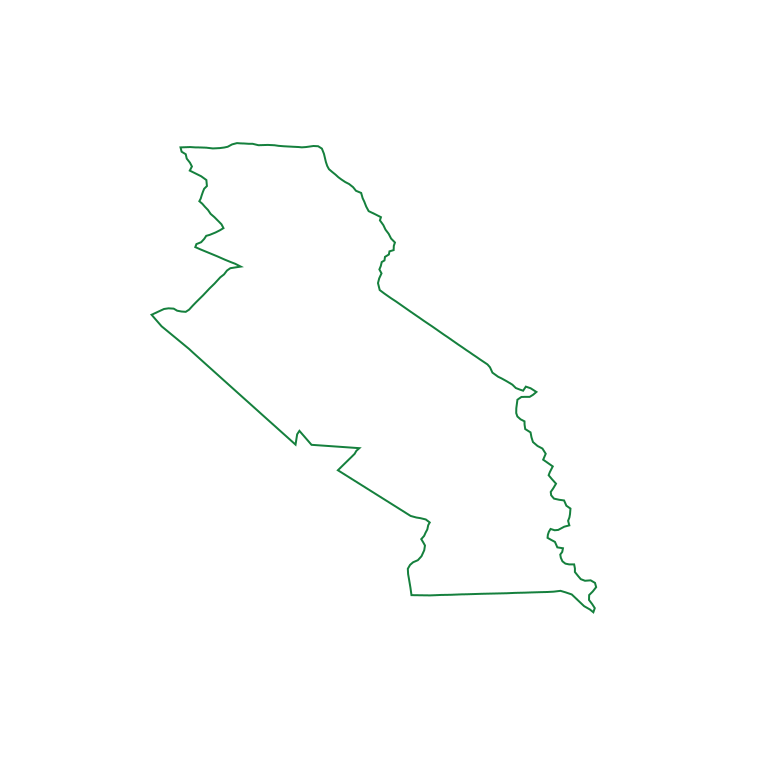 Cascavel, Ceará, Brazil, rotated 305°
{"feature_id": "56859067B6895009837112", "entity_name": "Cascavel", "entity_type": "district", "adm_level": 2, "iso_a3": "BRA", "parent_name": "Brazil", "parent_adm1": "Ceará", "projection": "natural_earth1", "projection_center": [-38.279, -4.254], "detail": "fine", "context": "isolated", "style": "outline", "palette": "green", "viewbox_px": 768, "rotation_deg": 305, "n_neighbors": 0, "source": "geoboundaries", "source_scale": "gbopen_adm2", "svg_char_len": 3614}
<svg xmlns="http://www.w3.org/2000/svg" viewBox="0 0 768 768"><g transform="rotate(305 384 384)"><path d="M447.4,102.5L449.3,115.1L449.2,121.5L444.6,125.4L440.8,124.7L437.7,125.4L433.8,126.5L430.8,127.5L427.8,127.9L427.4,131.9L426.4,135.9L425.6,140.0L423.9,144.4L423.4,149.4L421.6,159.3L419.6,163.1L415.8,161.4L411.5,159.1L406.2,155.7L403.4,153.4L399.8,153.5L395.3,152.9L391.0,150.1L387.9,150.9L389.0,156.5L391.4,167.2L393.0,174.4L394.6,182.5L396.1,189.1L397.1,193.0L398.0,199.3L394.1,195.2L390.7,191.7L386.9,190.3L382.0,190.1L377.5,188.7L373.0,188.1L369.1,187.6L362.3,186.3L352.7,184.9L347.9,184.0L342.9,183.1L338.5,182.4L333.1,181.7L329.4,180.2L327.2,176.5L325.4,172.5L325.1,168.5L322.4,164.1L319.3,160.8L315.7,158.7L307.4,153.9L303.7,168.7L300.9,204.3L300.2,209.3L295.1,251.0L289.2,299.8L283.6,346.3L293.0,341.7L297.1,341.6L292.6,359.5L317.3,400.6L313.4,399.7L309.9,400.0L286.9,395.7L290.1,459.2L291.2,481.5L293.2,487.1L295.0,490.8L297.0,495.9L296.8,500.9L293.7,501.2L289.7,502.9L286.2,503.3L282.6,504.0L278.3,503.5L276.8,506.9L275.2,510.2L270.9,512.3L264.4,513.5L259.1,512.8L254.7,510.1L250.8,509.1L246.3,509.5L242.1,512.8L238.3,516.6L232.2,522.6L226.8,527.6L237.2,542.9L240.3,547.0L243.9,551.7L249.7,559.7L256.1,568.1L259.3,572.5L268.2,584.4L276.2,595.3L283.1,604.7L288.1,611.2L293.9,619.1L297.3,623.6L303.4,631.8L307.3,637.1L311.3,642.2L315.8,647.2L317.5,652.3L319.3,658.5L317.8,668.6L316.8,675.3L317.4,682.0L317.1,686.4L321.3,685.2L323.1,680.8L324.7,675.8L328.8,673.1L333.8,674.0L339.3,674.3L342.1,670.9L341.7,665.9L338.1,661.5L337.0,657.1L338.0,653.3L339.5,648.2L342.4,646.2L345.3,643.2L342.4,639.1L340.9,635.6L341.1,631.9L343.1,628.5L345.4,626.2L348.7,626.3L352.1,624.8L349.6,619.7L352.7,614.6L352.2,610.4L351.8,606.2L354.5,604.7L357.5,603.8L360.8,603.6L362.1,607.7L364.4,610.4L370.5,613.5L374.5,616.9L377.5,613.3L381.1,612.4L384.1,611.0L388.9,608.2L388.9,603.2L391.9,598.3L389.6,593.8L387.6,589.0L388.7,584.8L391.2,582.5L395.2,582.5L401.0,582.1L402.4,576.0L403.7,571.2L406.9,570.4L413.3,569.5L413.3,565.1L413.3,557.8L419.6,556.5L422.0,550.8L421.3,545.3L421.9,539.3L424.9,535.4L428.4,531.8L428.1,525.5L431.4,522.4L434.0,520.5L433.4,516.1L433.9,511.9L436.0,509.0L440.0,506.3L447.7,502.3L452.2,504.0L454.8,507.5L457.0,510.7L460.7,512.3L464.9,513.4L464.6,506.5L463.2,501.7L458.3,501.8L457.3,498.3L456.3,494.3L457.1,489.5L456.6,482.6L456.0,477.0L455.4,473.3L455.5,466.3L458.5,461.2L459.4,457.5L459.3,452.9L459.2,448.4L459.2,444.3L459.1,439.7L459.1,435.9L459.0,432.0L459.0,427.3L458.9,422.3L458.9,415.2L458.9,409.3L458.8,404.9L458.8,400.3L458.8,395.3L458.8,390.5L458.7,385.9L458.6,380.9L458.6,376.0L458.5,364.8L458.5,358.2L458.5,353.6L458.5,346.7L458.3,340.4L458.3,336.1L458.3,332.5L458.5,326.6L463.2,321.2L467.7,319.5L473.2,318.5L475.2,314.5L478.8,313.7L482.6,312.2L485.5,313.5L488.7,311.9L492.9,313.7L495.8,312.4L499.2,315.1L502.8,312.8L506.2,311.8L507.2,306.4L509.7,301.7L511.3,296.7L513.8,292.3L515.7,286.8L518.9,285.8L517.9,278.9L516.8,272.3L519.1,267.7L522.1,263.2L523.9,260.0L527.4,255.7L526.2,250.2L527.5,245.8L527.8,240.7L527.2,236.4L527.1,231.6L527.2,228.0L527.7,224.2L528.0,219.8L528.4,215.7L530.0,212.5L532.5,209.1L538.1,202.8L541.2,198.1L541.0,193.7L538.5,189.7L535.5,186.5L533.2,184.0L530.7,180.9L529.0,177.9L527.1,174.9L524.6,170.9L521.3,165.6L518.6,161.0L516.8,157.4L513.2,151.7L507.6,144.2L505.4,138.6L503.1,135.3L500.8,131.5L498.9,128.6L497.0,125.4L493.1,122.1L488.7,119.9L486.1,117.5L483.0,114.1L478.8,108.7L475.6,102.8L472.3,97.7L469.4,93.4L466.9,89.3L461.1,81.6L458.2,85.0L458.5,89.8L455.5,93.1L454.0,98.1L452.0,101.9L447.4,102.5Z" fill="none" stroke="#15803d" stroke-width="2"/></g></svg>